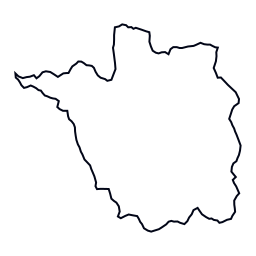 the district of Monte Alto, São Paulo, Brazil
{"feature_id": "56859067B42660114948434", "entity_name": "Monte Alto", "entity_type": "district", "adm_level": 2, "iso_a3": "BRA", "parent_name": "Brazil", "parent_adm1": "São Paulo", "projection": "equal_earth", "projection_center": [-48.551, -21.258], "detail": "fine", "context": "isolated", "style": "outline", "palette": "ink", "viewbox_px": 256, "rotation_deg": 0, "n_neighbors": 0, "source": "geoboundaries", "source_scale": "gbopen_adm2", "svg_char_len": 2456}
<svg xmlns="http://www.w3.org/2000/svg" viewBox="0 0 256 256"><path d="M24.0,87.9L27.1,87.1L30.7,85.5L33.3,86.6L36.2,88.2L38.5,90.1L40.9,90.6L42.6,93.0L44.8,95.5L47.3,96.3L50.3,97.7L52.8,98.4L55.6,98.8L58.8,101.1L57.3,107.0L59.6,109.1L63.0,110.8L67.3,110.8L68.1,116.3L69.1,119.2L71.6,121.3L73.7,124.0L74.9,127.3L75.1,131.6L75.7,135.8L76.4,139.9L77.9,144.4L79.5,147.3L80.9,151.7L82.4,154.4L84.5,159.5L87.1,162.2L90.1,165.4L91.3,169.1L92.9,172.8L94.4,176.4L96.1,182.5L95.5,186.2L97.0,189.1L99.9,188.9L103.8,188.9L108.7,189.0L110.1,193.5L111.4,198.7L113.9,200.9L116.4,202.6L118.8,206.3L119.7,211.6L117.9,216.5L120.8,218.2L125.3,215.9L128.7,214.5L132.7,215.3L137.2,216.1L138.8,218.8L140.2,221.9L142.0,224.1L144.0,228.3L147.8,230.6L151.2,231.6L158.9,229.2L161.3,227.7L166.2,224.4L168.6,221.7L171.3,220.9L173.9,221.6L177.6,221.5L180.1,222.8L184.4,224.1L187.4,221.1L189.1,217.5L191.7,214.3L193.5,210.1L197.6,207.9L199.4,210.6L202.0,214.3L206.1,217.1L209.2,218.8L211.6,218.5L213.8,219.9L217.4,220.5L219.4,222.8L222.4,222.1L227.0,219.8L231.0,218.9L232.4,215.8L235.1,211.8L234.8,208.4L234.3,204.8L234.2,200.6L236.8,196.0L239.2,193.3L236.2,186.4L234.0,183.0L232.8,179.9L235.8,177.0L233.3,174.0L231.4,171.6L231.9,166.9L233.4,163.4L236.4,161.2L237.5,158.1L238.9,155.1L240.0,150.7L240.6,145.5L238.3,139.3L236.5,134.6L235.1,131.5L234.1,128.4L232.4,125.3L231.2,122.1L229.2,118.9L230.8,114.0L232.2,109.6L234.2,106.2L236.5,104.6L238.6,103.1L239.0,99.0L237.2,95.3L235.7,92.2L227.9,84.9L225.0,81.8L220.9,77.5L217.7,77.7L215.9,72.9L213.7,68.0L215.9,61.3L216.5,56.2L216.3,52.2L217.8,47.6L215.3,47.3L212.4,45.9L210.1,44.6L207.4,44.6L204.1,44.2L200.5,42.8L196.0,44.9L193.6,45.9L188.0,46.5L182.1,48.0L179.6,48.0L176.7,47.1L173.3,47.1L170.5,49.2L168.5,54.2L165.1,52.1L161.7,52.3L158.6,53.4L155.8,52.7L152.7,50.7L150.9,46.4L149.4,41.7L149.8,35.8L149.3,32.2L146.4,31.4L141.6,29.7L135.8,27.8L133.4,28.8L131.4,27.1L128.2,27.3L126.1,25.2L122.2,24.4L119.0,26.4L114.9,27.3L114.1,35.1L114.1,39.8L113.9,44.6L113.0,47.8L113.8,53.5L115.0,63.0L115.5,69.1L111.4,79.8L107.3,80.8L105.1,79.1L100.6,77.7L97.8,75.4L95.6,71.8L93.9,67.8L91.8,65.9L89.1,65.4L86.5,65.2L83.7,63.0L81.3,61.6L78.3,61.5L76.3,63.6L72.3,66.4L70.6,69.1L68.5,73.0L65.9,73.1L63.3,73.4L60.5,75.2L57.9,76.9L53.8,74.2L50.3,72.0L45.9,71.3L42.5,72.3L39.3,76.2L36.5,78.3L33.9,75.2L29.9,76.7L26.6,77.1L22.8,78.1L18.5,76.4L15.4,73.4L15.8,77.6L18.1,79.6L19.9,82.3L21.4,85.2L24.0,87.9Z" fill="none" stroke="#020617" stroke-width="2"/></svg>